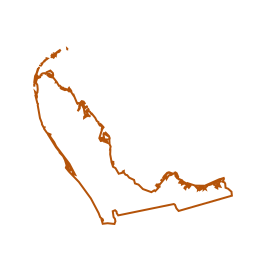 SVG path tracing the border of Florida, rotated 164°
{"feature_id": "USA-3542", "entity_name": "Florida", "entity_type": "State", "adm_level": 1, "iso_a3": "USA", "parent_name": "United States of America", "parent_adm1": "", "projection": "equal_earth", "projection_center": [-82.742, 27.771], "detail": "fine", "context": "isolated", "style": "outline", "palette": "amber", "viewbox_px": 256, "rotation_deg": 164, "n_neighbors": 0, "source": "natural_earth", "source_scale": "10m", "svg_char_len": 5928}
<svg xmlns="http://www.w3.org/2000/svg" viewBox="0 0 256 256"><g transform="rotate(164 128 128)"><path d="M52.7,53.5L48.9,53.6L50.2,53.2L50.1,52.2L51.9,50.3L50.3,49.2L49.9,47.8L50.7,43.7L48.5,42.0L46.1,38.2L46.8,34.3L102.2,34.3L103.6,37.4L104.0,41.2L105.0,42.3L161.5,46.7L162.3,49.1L162.1,50.9L163.1,52.5L165.6,52.2L166.4,46.4L165.6,44.3L165.8,41.8L167.5,39.5L173.9,42.1L178.7,42.9L178.7,47.9L177.6,45.1L177.4,47.1L179.3,49.8L179.7,54.4L183.1,70.5L190.1,89.7L196.5,101.8L198.7,106.9L197.3,109.0L197.4,114.6L198.2,118.8L200.5,123.2L200.5,124.5L197.6,118.1L196.8,114.6L196.8,109.6L197.4,106.0L197.1,103.2L195.9,102.6L195.5,103.4L193.5,102.9L193.1,101.5L193.8,99.1L191.7,97.7L194.2,109.8L202.1,130.3L202.9,134.7L206.1,144.0L206.2,144.4L205.7,143.6L203.6,142.6L207.2,145.6L208.9,150.5L208.0,151.6L209.0,152.1L209.7,155.2L209.4,156.6L209.9,161.7L208.5,174.8L207.9,176.0L208.3,176.9L208.0,185.5L207.7,181.8L206.9,183.0L206.5,186.1L205.3,187.1L204.1,190.1L203.3,194.3L204.0,197.3L201.6,200.8L202.1,202.8L201.0,201.1L200.0,201.8L200.9,202.1L201.2,203.1L200.6,202.1L199.4,201.8L199.7,200.9L198.5,201.0L197.6,202.7L196.6,202.6L196.5,203.5L195.3,204.0L193.3,203.8L192.2,202.8L191.0,204.0L186.8,204.6L185.1,201.5L185.3,199.5L186.1,198.1L187.3,200.2L189.3,201.3L188.9,201.9L190.2,202.0L190.8,201.0L189.4,198.9L185.9,196.9L184.2,192.7L184.8,191.8L183.8,191.7L182.8,187.6L181.9,187.5L181.1,186.1L181.8,185.2L181.3,184.2L178.2,181.8L176.0,181.6L175.2,180.4L174.6,181.2L173.7,180.8L173.4,181.6L172.9,181.2L172.6,180.1L173.7,180.6L174.3,179.4L172.9,178.9L171.6,174.8L171.3,176.0L170.1,165.8L169.5,164.4L169.4,165.9L166.8,164.7L166.9,163.6L167.5,164.0L168.9,162.5L169.2,161.0L171.7,158.0L169.0,160.1L168.0,163.0L166.1,163.4L165.1,159.0L165.7,153.6L164.8,152.3L167.0,150.9L167.4,149.8L164.4,150.8L163.5,151.8L163.0,150.5L162.1,150.7L160.9,149.2L162.5,151.3L163.7,155.4L163.3,155.9L163.1,154.8L162.6,155.4L160.1,154.1L159.4,151.6L158.9,150.8L159.3,152.4L158.9,152.0L156.7,146.7L156.1,143.5L154.7,141.6L155.1,140.7L154.4,138.2L151.7,136.4L151.0,134.7L152.6,136.2L152.9,135.2L152.1,135.0L152.5,134.5L154.1,135.0L153.0,134.4L154.3,133.7L153.3,133.8L158.4,126.1L157.7,123.0L156.6,122.9L156.4,125.8L155.4,125.7L155.1,122.3L153.5,121.7L153.9,121.1L151.9,119.5L151.9,121.5L152.9,121.5L151.2,122.7L154.7,123.9L153.8,124.6L153.3,128.9L152.7,129.5L149.2,125.5L150.8,128.5L151.2,130.5L148.6,125.6L148.4,123.3L149.0,122.1L148.7,123.9L150.2,117.5L149.8,115.0L151.3,112.0L151.0,111.8L152.4,107.6L153.1,100.5L152.9,98.8L152.0,97.3L152.3,96.9L153.2,97.9L153.1,94.9L151.1,92.9L149.5,86.6L144.3,86.5L143.3,83.8L141.8,82.9L140.5,79.9L136.5,76.4L136.6,72.8L133.5,70.7L130.5,65.2L123.2,59.9L119.9,60.8L119.2,59.8L115.4,62.0L115.4,63.2L115.7,62.8L116.2,63.8L113.9,62.8L113.7,63.2L116.3,64.4L116.2,65.7L115.5,66.2L115.8,65.6L112.7,65.2L104.8,70.6L104.9,68.5L102.0,71.1L99.4,70.9L94.6,72.2L93.7,71.1L93.2,67.2L93.6,66.5L94.0,70.7L95.2,71.7L95.6,68.7L94.5,66.1L90.4,62.8L90.1,62.0L91.8,63.4L87.6,59.1L89.1,59.3L89.0,59.8L92.7,62.3L93.7,61.3L92.9,60.9L92.2,61.9L91.7,59.8L91.2,59.8L91.6,58.9L90.1,59.1L89.9,59.6L86.7,57.3L88.1,55.7L88.9,55.9L90.3,54.7L89.6,53.6L88.9,54.8L87.0,55.8L86.0,53.8L83.9,55.3L84.3,56.2L86.0,56.3L86.3,57.8L87.0,58.5L86.4,58.6L86.7,59.1L79.3,54.1L69.8,51.2L73.3,51.6L74.1,50.4L75.6,51.6L75.9,51.1L75.5,50.4L78.5,51.8L77.5,49.8L77.8,49.1L76.9,49.5L76.4,48.5L72.0,49.7L71.4,49.3L72.0,48.1L70.9,48.6L70.3,47.9L70.4,49.2L68.1,50.2L67.9,50.9L64.0,50.8L55.1,52.6L56.3,51.7L59.2,51.2L60.6,49.8L61.6,50.3L59.1,48.3L60.2,46.9L58.8,45.5L57.7,50.0L56.7,46.9L55.5,46.2L56.1,49.0L55.4,50.4L53.7,51.4L53.6,52.7L52.6,53.0L52.7,53.5ZM194.3,104.8L196.5,103.3L196.9,104.1L195.9,107.9L195.7,112.3L196.1,114.1L194.2,106.6L194.3,104.8ZM205.4,198.1L203.0,203.5L200.8,205.8L198.3,209.7L197.8,209.7L201.3,204.7L200.9,203.6L201.9,203.9L203.1,201.5L202.8,199.8L204.9,197.9L205.4,198.1ZM65.9,51.2L69.6,51.4L54.1,53.6L52.9,53.4L65.9,51.2ZM204.0,137.5L200.6,124.7L202.5,129.3L206.9,144.6L204.0,137.5ZM165.2,164.5L164.1,161.1L163.1,158.4L164.5,159.8L165.2,164.5ZM164.1,165.4L166.4,165.8L165.0,166.6L163.4,165.6L162.5,162.8L164.1,165.4ZM99.7,73.4L98.4,72.4L97.5,71.9L100.2,71.9L99.7,73.4ZM177.9,218.9L177.4,219.6L175.1,220.5L176.9,219.1L176.3,218.5L177.5,219.3L176.7,217.3L177.9,218.9ZM102.4,73.8L108.7,69.7L106.7,71.7L102.7,74.1L101.0,74.2L100.0,73.6L102.4,73.8ZM179.6,215.4L181.2,217.5L181.6,218.6L181.1,219.1L179.6,215.4ZM180.6,184.1L180.1,185.0L179.3,184.6L179.2,183.5L180.6,184.1ZM152.8,138.6L152.1,137.0L154.1,140.2L152.8,138.6ZM173.6,220.1L174.6,220.1L174.8,220.7L173.1,221.3L173.6,220.1ZM179.0,184.0L177.9,183.1L177.7,183.7L177.6,183.0L178.5,182.6L179.0,184.0ZM173.4,181.9L174.4,182.2L173.6,182.8L173.4,181.9ZM187.1,217.5L186.1,216.9L188.2,216.0L187.4,216.8L187.1,217.5ZM109.5,69.0L111.2,68.1L109.3,69.3L109.5,69.0ZM160.7,155.4L161.3,156.7L161.1,158.0L160.7,155.4ZM178.4,217.6L178.5,218.5L177.6,217.8L177.7,217.1L178.4,217.6ZM193.4,212.8L193.4,213.8L192.2,214.0L192.4,213.7L193.4,212.8ZM207.3,188.3L206.8,187.3L207.4,186.6L207.3,188.3ZM206.7,193.6L206.1,196.0L205.7,196.3L206.7,193.6ZM190.7,215.0L189.9,215.6L188.3,216.4L190.0,215.0L190.7,215.0ZM187.2,199.4L188.1,199.5L187.5,200.1L187.2,199.4ZM172.7,220.7L173.0,221.3L172.5,220.9L172.1,221.5L171.2,221.7L172.7,220.7ZM161.5,159.8L161.6,158.6L162.0,161.0L161.5,159.8ZM176.7,181.7L177.2,182.4L176.9,183.2L176.7,181.7ZM187.0,198.3L187.0,199.0L186.3,198.3L186.4,198.2L187.0,198.3ZM151.7,98.5L151.8,97.8L152.1,97.9L152.2,98.4L151.7,98.5ZM152.0,99.3L152.2,99.9L151.7,99.6L152.0,99.3ZM179.2,217.6L179.4,218.2L179.4,218.5L178.9,218.1L179.2,217.6ZM144.1,87.2L144.5,87.7L143.9,87.8L144.1,87.2ZM195.6,211.7L195.4,212.2L194.8,212.6L195.0,212.3L195.6,211.7ZM181.6,217.1L182.0,217.2L182.1,217.8L181.6,217.1ZM164.6,221.0L164.1,220.2L163.9,220.2L164.4,220.2L164.7,220.4L164.6,221.0ZM197.2,210.1L197.4,209.9L196.6,211.1L197.2,210.1ZM196.6,115.4L196.3,114.7L196.1,114.2L196.6,115.4Z" fill="none" stroke="#b45309" stroke-width="2"/></g></svg>